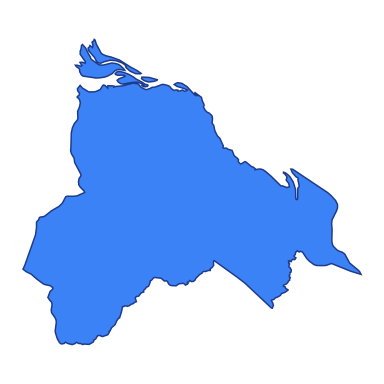 Baribour, Kâmpóng Chhnang, Cambodia (Mercator projection)
{"feature_id": "14789045B88819802206613", "entity_name": "Baribour", "entity_type": "district", "adm_level": 2, "iso_a3": "KHM", "parent_name": "Cambodia", "parent_adm1": "Kâmpóng Chhnang", "projection": "mercator", "projection_center": [104.462, 12.421], "detail": "fine", "context": "isolated", "style": "filled", "palette": "blue", "viewbox_px": 384, "rotation_deg": 0, "n_neighbors": 0, "source": "geoboundaries", "source_scale": "gbopen_adm2", "svg_char_len": 5810}
<svg xmlns="http://www.w3.org/2000/svg" viewBox="0 0 384 384"><path d="M290.9,169.1L292.3,172.5L293.1,173.5L296.0,176.8L297.7,177.7L298.2,178.3L297.9,179.5L299.2,186.0L299.0,186.8L298.0,187.9L297.8,188.8L297.6,198.9L297.1,199.6L296.2,199.5L295.7,197.6L295.6,189.7L293.2,182.0L290.1,176.9L287.9,174.7L285.3,172.8L283.5,172.2L283.4,173.0L284.6,173.8L286.6,176.3L286.9,177.5L286.2,180.1L288.7,183.4L289.5,186.8L286.9,187.5L282.4,185.9L280.9,185.9L271.4,176.5L266.0,171.8L262.9,169.7L260.5,169.0L258.4,169.1L255.2,169.7L255.4,168.9L253.4,167.2L251.4,166.5L246.0,162.0L244.9,161.6L241.5,163.7L240.7,164.0L240.0,163.6L238.3,161.6L238.5,159.7L237.6,158.5L234.1,155.6L232.1,150.4L227.9,149.2L226.4,148.1L224.1,148.2L223.0,147.8L223.3,145.9L219.8,138.2L217.5,136.0L215.6,132.4L214.8,130.5L213.8,125.6L212.1,123.1L212.5,118.8L212.2,116.3L211.6,115.3L208.9,112.9L207.1,112.2L205.2,110.2L203.5,107.2L204.1,105.1L203.8,104.0L202.4,101.0L201.4,97.3L195.0,92.6L194.7,93.2L195.5,94.2L197.4,95.5L195.9,95.6L194.2,94.4L187.1,86.7L182.0,83.4L178.0,82.7L176.2,83.2L174.2,84.5L177.0,86.4L184.0,88.5L187.4,90.0L186.5,90.6L184.8,91.4L182.5,90.0L179.8,91.0L178.0,91.0L178.0,90.2L176.6,89.9L173.8,90.3L171.5,88.7L169.7,86.5L168.2,85.6L163.6,84.4L162.0,84.5L154.7,87.2L152.1,87.3L150.0,88.5L146.5,89.6L145.3,89.4L142.4,88.1L141.0,87.2L138.8,84.6L137.4,83.7L133.0,83.1L122.4,85.9L115.6,86.5L113.9,87.0L114.1,86.2L113.0,85.9L107.9,85.7L107.7,88.1L105.1,85.5L103.6,85.0L102.7,85.5L100.2,89.6L95.9,91.5L93.8,91.9L89.9,91.9L88.5,91.8L82.4,88.0L80.1,85.4L77.4,88.8L77.7,90.8L79.4,93.2L79.4,94.8L77.2,96.7L77.3,97.6L78.4,98.1L79.7,100.1L80.3,102.9L79.5,106.9L77.6,111.4L77.9,118.3L77.3,120.0L74.5,123.4L72.5,127.5L71.3,132.9L70.9,147.8L70.6,150.7L71.4,153.6L74.1,158.3L74.7,162.6L80.9,174.3L81.0,175.1L80.7,176.2L79.0,178.7L78.5,181.7L78.8,184.8L80.2,187.1L84.1,191.0L84.6,192.5L77.0,195.9L72.6,196.3L67.0,196.2L65.7,196.8L62.4,203.1L59.0,206.4L51.4,210.8L45.2,215.8L43.7,216.6L40.2,217.1L39.4,217.6L38.6,219.8L36.9,221.5L36.5,222.5L36.5,227.7L35.5,234.9L24.9,265.0L23.0,269.2L26.2,271.7L31.3,274.2L36.6,278.9L43.3,283.9L45.1,284.6L50.3,285.7L52.9,287.8L52.9,288.5L51.8,290.0L50.1,291.4L47.9,297.4L49.7,300.2L51.5,302.1L51.9,303.4L52.0,305.2L51.2,310.3L51.7,312.9L54.8,317.3L56.0,319.8L56.3,322.4L55.2,330.6L55.4,332.7L57.3,338.7L59.5,342.6L60.9,343.8L61.9,343.9L64.2,343.5L65.3,342.2L67.9,343.5L72.2,344.6L74.9,343.6L76.7,342.3L78.6,343.5L80.9,343.6L82.9,344.6L83.8,344.0L89.1,344.4L93.0,342.2L93.6,341.4L93.7,340.3L95.7,338.9L97.7,335.6L100.5,335.5L101.3,336.3L102.8,336.5L107.7,334.8L109.1,332.7L109.2,331.2L109.9,331.2L111.6,327.7L115.0,324.7L116.7,320.9L118.8,318.0L119.5,318.0L121.4,312.2L122.5,306.7L123.8,306.5L124.5,306.0L125.8,305.8L127.5,306.3L129.6,305.5L131.0,304.3L133.1,303.7L134.7,302.3L136.4,301.7L135.2,297.9L136.4,296.5L138.4,296.2L138.9,295.9L141.1,292.9L143.7,292.0L143.7,290.5L144.1,289.8L145.4,288.8L146.3,287.4L148.6,286.2L150.2,282.2L150.0,281.4L150.4,280.7L151.2,280.5L152.1,279.6L153.7,277.7L155.2,277.5L161.2,278.3L164.3,281.0L166.7,280.9L167.3,281.3L168.7,284.0L170.1,285.2L171.5,285.6L176.1,285.8L179.0,283.8L183.2,283.3L184.9,284.3L185.4,285.1L187.6,284.0L188.0,283.5L187.5,283.0L187.4,282.2L188.7,282.0L189.7,280.5L191.5,281.6L193.3,281.4L194.8,280.4L195.9,278.3L198.8,275.4L200.1,274.2L201.9,273.3L202.4,272.2L203.8,271.4L205.5,271.5L209.1,270.3L210.1,270.6L210.4,270.0L210.2,268.8L212.2,267.4L213.7,265.2L213.4,261.8L214.1,260.6L237.5,277.4L244.9,283.1L271.4,308.0L272.3,308.2L273.4,305.4L272.7,302.8L271.4,300.7L271.8,300.0L273.9,299.5L275.3,297.9L278.0,296.9L280.4,295.4L281.6,293.5L284.7,292.5L287.9,290.3L288.0,289.7L285.8,288.6L285.2,286.9L283.5,286.4L283.5,285.2L286.5,283.9L288.1,282.0L288.5,281.0L289.7,280.2L289.6,278.9L290.3,277.5L289.4,276.7L289.2,275.8L289.8,275.1L290.0,272.6L291.0,272.1L291.3,270.0L290.1,267.7L288.9,266.9L289.0,265.4L289.6,264.0L288.7,263.3L288.7,262.4L289.3,261.9L288.6,261.0L289.9,260.7L291.1,261.6L291.8,260.2L292.9,259.2L294.1,259.7L295.0,259.4L295.9,257.8L294.3,256.8L294.1,255.8L295.3,254.5L295.6,252.4L297.3,250.8L299.1,252.0L300.9,251.3L302.6,252.2L306.9,258.7L309.5,261.3L314.1,264.7L316.8,265.5L323.4,265.6L326.1,265.4L331.5,263.5L350.4,271.1L361.0,274.4L359.7,271.8L358.5,270.4L349.6,263.0L344.9,254.2L342.1,252.1L339.7,251.4L337.0,250.0L333.3,246.3L332.6,244.7L331.8,241.2L332.1,229.5L331.6,223.6L332.1,219.7L336.5,210.9L337.5,207.9L337.5,204.4L335.5,200.4L330.8,195.3L327.8,192.7L292.6,169.2L290.9,169.1ZM80.7,73.8L81.6,75.1L83.0,76.1L96.0,78.0L100.1,77.8L104.1,77.2L107.1,76.3L112.1,73.7L115.1,70.7L117.6,69.6L119.4,69.4L124.8,70.4L123.8,68.9L120.6,65.8L118.7,64.5L115.6,63.5L111.7,63.0L103.6,65.0L101.5,65.1L98.7,64.7L91.3,59.3L90.8,58.6L90.4,57.0L88.6,54.1L85.6,48.0L82.5,44.5L81.5,45.4L81.1,48.7L80.2,51.1L80.2,54.3L85.5,61.9L85.1,63.3L83.1,62.4L81.6,62.2L80.0,62.4L81.9,65.7L80.9,66.3L77.7,65.3L75.4,65.2L76.4,66.7L79.0,68.5L79.6,69.6L79.7,71.9L80.4,72.7L80.7,73.8ZM101.3,53.4L96.4,44.3L95.0,40.0L94.2,39.4L93.8,40.8L92.3,41.8L92.1,42.5L93.0,45.2L92.5,47.5L90.0,45.5L89.3,47.0L88.2,48.0L88.1,48.8L88.9,50.9L94.7,57.7L96.4,61.1L97.9,62.6L100.5,63.3L104.4,61.7L110.4,60.2L116.0,60.7L121.9,62.8L125.0,64.9L126.3,66.6L125.8,67.0L126.2,67.8L130.3,71.3L135.6,73.6L140.1,73.9L141.1,73.4L137.1,70.6L131.3,67.5L119.4,60.0L111.0,57.0L106.0,55.8L102.6,54.3L101.3,53.4ZM128.9,74.4L123.4,72.3L118.9,71.4L116.8,72.0L115.1,73.8L115.5,74.5L117.9,75.3L122.8,75.1L124.8,75.7L125.0,76.4L118.7,78.9L117.1,80.3L118.2,82.0L120.5,83.6L122.6,84.1L132.8,82.3L137.6,82.2L141.9,83.8L143.8,85.5L141.4,85.1L143.3,86.6L145.2,86.8L147.4,86.4L148.0,85.3L147.0,84.6L144.9,84.2L142.5,82.4L135.9,78.9L133.6,77.1L128.9,74.4ZM148.3,82.0L154.0,81.4L157.1,80.3L157.3,79.7L149.0,77.4L141.9,77.1L141.5,78.3L142.1,79.2L144.4,80.7L148.3,82.0Z" fill="#3b82f6" stroke="#1e3a8a" stroke-width="1.5"/></svg>